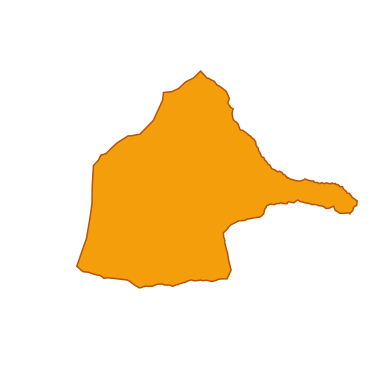 Santa María Teopoxco, Puebla, Mexico (Albers equal-area conic projection), rotated 59°
{"feature_id": "50627088B27256400122103", "entity_name": "Santa María Teopoxco", "entity_type": "district", "adm_level": 2, "iso_a3": "MEX", "parent_name": "Mexico", "parent_adm1": "Puebla", "projection": "albers", "projection_center": [-96.962, 18.176], "detail": "fine", "context": "isolated", "style": "filled", "palette": "amber", "viewbox_px": 384, "rotation_deg": 59, "n_neighbors": 0, "source": "geoboundaries", "source_scale": "gbopen_adm2", "svg_char_len": 5073}
<svg xmlns="http://www.w3.org/2000/svg" viewBox="0 0 384 384"><g transform="rotate(59 192 192)"><path d="M284.5,206.7L279.2,198.8L268.1,195.3L262.8,193.0L262.0,192.7L260.6,192.6L253.3,190.3L251.9,190.0L250.5,188.8L249.7,188.6L248.8,188.4L246.9,188.0L246.0,187.5L244.9,187.0L243.2,186.2L243.0,185.4L242.4,182.6L241.6,180.0L240.8,178.1L240.5,177.0L240.2,175.7L240.3,172.5L240.6,171.6L240.5,170.7L240.7,167.9L240.9,166.9L240.9,166.6L243.3,161.9L243.7,160.1L243.6,158.4L244.4,156.9L244.7,156.5L245.0,155.0L245.2,154.6L246.0,152.5L247.3,149.3L248.0,147.7L248.4,147.2L248.4,146.6L248.4,145.3L247.7,141.9L244.3,138.6L243.9,138.0L243.9,137.6L243.7,137.0L243.3,136.3L242.5,135.6L242.3,134.7L242.7,131.2L245.1,128.2L245.3,127.9L245.4,126.0L246.0,124.7L246.8,123.0L246.9,121.4L247.2,121.0L248.4,120.3L250.7,117.1L250.9,116.8L250.9,116.3L250.4,115.8L250.0,114.1L251.7,112.5L253.6,110.5L253.2,105.6L256.5,103.7L257.5,102.3L258.8,101.4L263.0,96.6L264.5,95.8L265.4,94.1L267.5,91.2L268.6,90.8L270.9,87.9L272.0,86.8L273.5,86.3L274.9,85.8L276.3,83.7L276.6,82.1L276.9,79.4L277.3,78.0L281.5,78.7L282.7,78.2L283.1,77.6L285.6,76.7L286.4,76.3L288.4,73.0L290.6,68.3L292.0,68.0L291.6,67.5L290.8,63.9L288.5,61.5L288.1,59.5L288.4,57.8L286.3,56.2L284.9,55.0L279.9,57.0L278.5,57.6L277.5,57.3L275.8,57.8L274.3,57.9L273.6,58.8L272.6,59.6L270.7,59.5L267.3,60.7L264.9,60.2L264.3,61.4L263.9,62.2L260.6,63.1L260.1,64.5L259.2,64.6L258.5,64.7L258.3,65.8L256.6,67.0L256.7,68.3L256.0,68.7L255.9,69.9L254.9,70.5L254.1,71.4L253.3,72.0L253.2,73.5L252.9,74.4L251.2,75.7L250.6,76.4L250.8,77.8L250.1,78.7L248.4,79.6L246.9,82.1L246.4,82.6L245.3,82.0L242.9,85.3L240.8,87.1L239.0,88.4L239.1,89.7L238.9,91.4L238.5,93.5L236.2,96.7L233.2,99.4L231.3,101.4L229.7,101.9L229.3,102.6L229.1,103.0L227.9,102.9L226.4,103.6L225.7,103.6L224.7,103.9L224.4,104.2L224.1,104.6L223.9,104.7L223.9,104.8L223.6,104.8L223.2,104.8L222.7,104.7L222.1,104.7L221.7,104.8L221.3,105.0L221.2,105.1L220.7,105.4L220.1,105.7L219.7,105.9L219.5,106.0L219.4,106.1L219.2,106.4L219.1,106.8L219.1,107.2L219.0,107.3L218.9,107.6L218.8,107.8L218.5,108.2L218.2,108.5L217.9,108.7L217.8,108.8L217.5,108.9L216.9,109.0L216.5,109.2L216.2,109.3L215.8,109.6L215.4,109.9L215.2,110.0L214.8,110.3L214.5,110.7L214.2,110.9L213.9,111.1L213.4,111.4L213.1,111.5L212.8,111.6L212.3,111.6L211.8,111.6L211.1,111.6L210.8,111.5L210.5,111.5L209.9,111.4L209.4,111.4L209.2,111.4L208.9,111.5L208.6,111.6L208.3,111.9L208.2,112.0L207.9,112.2L207.7,112.2L207.5,112.3L207.0,112.4L206.9,112.4L206.7,112.5L206.1,112.6L205.9,112.6L205.5,112.5L205.0,112.5L204.7,112.5L204.3,112.6L204.1,112.6L203.9,112.7L203.3,112.7L203.1,112.7L202.9,112.9L202.7,113.0L202.2,113.2L201.8,113.1L201.5,113.1L201.4,113.0L201.3,112.9L201.1,112.9L200.9,112.8L200.7,112.8L200.4,112.8L199.9,112.8L199.6,112.8L199.3,112.8L199.1,113.0L198.9,113.3L198.8,113.5L198.6,113.7L198.5,113.8L198.3,113.9L198.1,114.0L197.8,114.1L197.6,114.1L197.2,114.1L196.6,114.0L196.2,114.0L195.6,113.8L195.2,113.8L194.9,113.7L194.7,113.6L194.3,113.6L193.9,113.6L193.4,113.6L192.7,113.6L192.2,113.6L191.7,113.6L191.3,113.5L190.8,113.5L190.6,113.5L190.1,113.4L189.8,113.4L189.6,113.3L189.2,113.0L188.9,112.9L188.5,112.8L188.2,112.7L187.9,112.7L187.6,112.8L187.2,112.9L186.6,113.0L186.3,113.0L185.8,113.0L185.5,113.0L185.2,113.0L184.7,112.8L184.0,112.6L183.6,112.4L183.1,112.2L182.5,111.9L182.0,111.7L181.8,111.7L181.7,111.6L181.4,111.7L181.0,111.8L180.5,111.7L179.7,111.7L179.2,111.7L178.9,111.7L178.5,111.8L178.0,112.0L177.5,112.3L177.0,112.6L176.7,112.8L176.4,112.8L176.1,112.9L175.9,112.9L175.5,112.9L175.2,112.9L175.0,113.0L174.4,113.2L173.9,113.3L173.4,113.4L173.0,113.7L172.5,114.0L172.5,113.9L172.2,114.0L170.1,114.8L167.2,115.9L164.9,117.0L164.3,118.3L163.2,118.7L157.9,117.6L155.1,117.9L154.0,118.6L152.2,119.2L151.3,119.2L150.1,119.1L146.4,117.7L144.6,116.7L142.6,114.7L141.9,113.9L139.1,115.4L137.4,115.3L135.9,115.6L133.6,115.2L132.6,113.6L131.0,111.8L127.4,111.3L124.9,111.1L123.7,110.8L120.9,111.7L115.4,113.9L112.7,115.7L112.1,115.6L108.7,115.8L105.3,118.1L103.0,119.3L102.0,120.5L100.7,120.7L92.8,122.3L95.1,132.2L94.3,140.6L96.4,149.9L95.6,157.6L92.0,165.2L98.2,169.9L110.8,188.4L115.6,206.8L112.7,214.8L111.0,217.9L111.1,222.1L111.3,230.7L112.9,238.3L114.8,245.8L113.5,251.2L116.5,255.8L118.6,263.0L119.4,263.4L135.3,274.3L150.1,283.5L160.0,291.4L177.3,306.2L196.3,329.0L204.1,326.5L207.3,322.3L213.4,317.0L216.4,313.6L218.8,312.6L220.7,312.0L222.0,308.5L228.6,299.9L233.0,294.2L233.8,293.3L233.9,292.9L235.1,292.2L236.0,291.6L238.0,290.8L238.2,290.7L238.4,290.5L239.2,290.4L239.5,290.3L239.8,290.1L240.1,289.9L240.5,289.7L241.2,289.5L242.6,288.9L245.6,287.3L246.4,287.1L247.2,286.2L247.8,284.7L248.1,282.7L249.0,279.8L250.3,278.2L252.3,274.6L253.4,268.7L255.4,265.0L257.3,263.7L259.1,261.1L259.7,259.8L260.8,258.7L262.5,257.6L262.9,256.9L263.3,253.9L264.1,251.8L264.3,249.6L265.0,247.5L265.4,245.6L266.0,243.9L265.9,243.0L266.1,241.6L266.9,238.0L269.3,235.7L270.4,233.6L272.1,229.7L273.5,228.6L275.2,224.9L278.9,221.1L280.1,217.1L280.4,214.5L281.3,212.1L284.5,206.7Z" fill="#f59e0b" stroke="#b45309" stroke-width="1.5"/></g></svg>